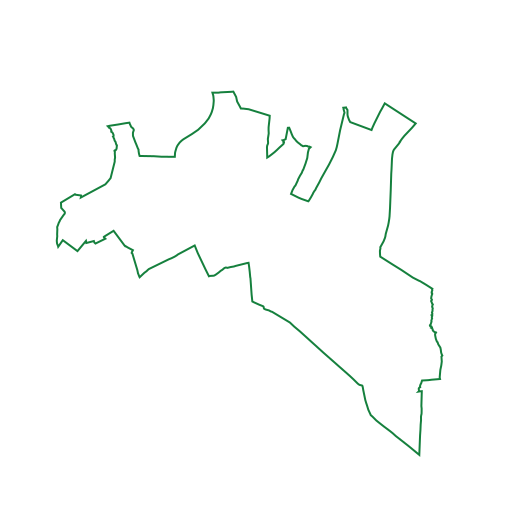 Romanesti, Iasi, Romania, rotated 189°
{"feature_id": "2599482B96915203273112", "entity_name": "Romanesti", "entity_type": "district", "adm_level": 2, "iso_a3": "ROU", "parent_name": "Romania", "parent_adm1": "Iasi", "projection": "natural_earth1", "projection_center": [27.339, 47.277], "detail": "fine", "context": "isolated", "style": "outline", "palette": "green", "viewbox_px": 512, "rotation_deg": 189, "n_neighbors": 0, "source": "geoboundaries", "source_scale": "gbopen_adm2", "svg_char_len": 6010}
<svg xmlns="http://www.w3.org/2000/svg" viewBox="0 0 512 512"><g transform="rotate(189 256 256)"><path d="M422.7,361.0L422.2,360.6L421.2,360.1L421.1,359.7L420.6,359.7L419.6,359.0L418.9,358.0L418.6,357.3L418.4,357.1L418.3,356.5L418.4,356.1L417.3,355.6L416.6,354.9L415.6,353.2L415.5,352.7L415.5,352.2L415.9,351.6L415.4,351.2L415.2,350.5L414.5,349.7L413.8,348.1L413.5,347.6L412.7,346.9L411.4,344.1L410.7,343.6L410.5,340.1L411.1,338.6L412.1,338.2L412.3,337.7L411.7,336.9L411.5,335.1L410.6,331.2L410.6,329.0L410.3,327.1L411.8,310.2L413.5,307.2L416.0,303.2L438.1,286.4L438.0,287.4L438.3,288.4L443.9,288.3L444.5,288.7L457.0,278.2L455.9,273.0L452.1,269.9L451.7,269.4L451.5,268.6L451.7,267.6L452.5,266.3L455.2,260.7L455.4,259.5L455.7,258.8L456.0,257.9L456.4,255.7L456.9,253.5L456.4,251.3L455.8,246.3L455.4,244.4L455.2,240.3L454.9,238.8L454.4,237.1L453.1,234.9L452.8,234.2L449.3,241.4L433.1,232.9L426.3,244.3L425.6,242.3L418.5,245.4L418.3,244.9L417.7,244.0L416.5,243.2L407.5,249.5L409.0,250.6L409.3,251.0L409.2,251.2L400.6,258.6L387.4,245.7L386.7,245.2L386.5,245.4L383.9,244.3L378.5,242.5L379.2,240.3L379.3,239.6L378.4,238.9L371.0,223.5L370.0,220.9L369.9,220.5L369.3,219.6L368.1,217.5L367.6,216.8L363.6,222.0L361.7,223.9L360.7,225.3L359.7,226.4L358.7,227.1L341.6,239.1L339.1,240.6L336.4,242.5L334.4,244.2L333.4,245.3L318.2,256.8L314.0,249.8L304.0,235.2L299.3,228.6L298.4,229.1L294.8,229.9L294.3,230.1L293.0,231.1L290.3,233.8L288.5,235.9L287.1,237.1L285.3,239.2L284.0,239.9L283.5,239.9L282.4,239.8L280.1,240.8L279.4,241.1L276.1,242.2L274.6,243.0L263.8,247.6L262.3,248.1L261.1,244.3L259.7,239.3L258.4,234.2L258.0,233.2L254.3,217.2L252.5,210.5L251.0,210.0L245.2,208.4L241.2,207.5L240.8,207.3L240.6,207.1L240.0,205.5L239.6,205.1L239.0,204.9L237.7,204.6L234.8,204.3L232.5,203.5L231.4,203.4L212.1,195.6L207.3,192.3L200.8,188.4L174.5,171.2L144.4,152.1L140.4,149.4L135.7,146.0L134.7,145.4L133.6,144.9L131.2,144.7L130.8,144.6L130.6,144.4L130.1,143.3L129.0,140.1L125.5,130.8L124.2,128.1L123.0,125.8L121.0,121.7L120.0,120.2L118.0,117.2L117.8,116.8L117.0,116.3L116.0,115.7L111.5,112.4L108.9,110.9L103.0,107.6L96.0,103.9L93.2,102.3L89.7,100.0L76.0,92.4L63.6,85.1L65.9,104.6L66.4,110.2L67.0,115.3L67.3,119.6L67.9,123.1L67.9,124.9L67.8,125.8L67.9,126.9L68.5,131.1L69.2,133.7L69.4,135.3L71.1,148.4L72.8,148.0L74.3,147.5L74.1,147.8L73.9,148.2L73.9,148.6L74.4,149.9L74.5,150.7L74.1,151.5L73.3,152.1L73.6,152.9L73.6,153.8L73.4,155.0L73.0,155.8L72.5,159.0L66.5,160.3L63.1,161.3L55.0,163.3L55.3,164.0L55.6,165.0L56.1,172.4L55.9,176.3L55.9,177.7L56.0,180.8L57.1,185.7L56.4,186.8L56.8,187.4L57.0,187.6L58.0,189.5L58.9,192.6L59.6,194.4L62.1,197.2L63.2,199.3L63.9,199.7L65.4,202.3L66.6,205.5L66.9,206.8L66.6,208.0L66.2,208.5L66.5,208.8L67.3,208.5L67.6,208.7L69.5,209.9L69.8,210.3L70.0,211.2L70.9,212.1L71.4,212.3L70.9,212.7L71.0,213.0L71.5,213.4L71.8,213.9L72.7,213.8L73.2,214.2L73.3,214.4L73.4,214.8L72.8,215.8L72.7,216.5L72.4,218.5L72.4,218.8L72.7,219.3L72.5,220.9L72.5,221.4L72.3,221.9L72.7,222.8L72.8,223.1L72.6,223.9L72.6,224.2L72.6,224.5L73.3,224.8L73.4,225.0L72.9,225.3L72.7,225.5L72.9,226.3L72.8,226.6L73.0,227.1L73.2,227.4L73.4,227.9L73.1,228.8L73.1,229.5L73.3,231.0L73.2,231.7L73.3,232.1L73.8,232.7L73.9,233.3L74.2,233.9L74.0,234.5L74.0,235.5L73.8,235.9L73.9,236.0L74.6,236.5L75.0,237.4L75.9,238.7L75.9,239.0L75.9,239.3L75.6,239.5L75.4,240.3L76.4,241.6L76.4,243.5L76.2,245.2L76.0,245.9L76.0,246.2L76.5,246.7L76.4,247.0L76.8,247.4L76.8,248.5L76.5,249.3L76.6,249.5L76.6,250.0L76.9,250.7L76.7,251.2L83.8,254.3L90.3,256.9L91.3,257.1L97.7,259.2L110.3,265.0L119.8,269.0L133.2,274.8L133.8,277.2L134.4,280.4L134.4,281.3L134.3,283.0L134.6,284.2L134.3,284.9L132.3,290.4L131.5,293.9L131.3,295.5L131.3,298.2L130.3,306.8L130.2,309.7L130.2,313.6L130.3,316.0L131.1,324.1L133.2,341.9L135.3,358.5L135.7,362.8L136.9,373.3L137.1,377.7L137.0,380.2L136.7,381.8L136.3,382.8L132.6,389.1L131.6,391.2L131.8,391.3L131.7,391.5L130.1,394.7L128.2,398.0L122.0,407.0L119.0,411.9L152.7,426.9L154.8,420.9L155.9,418.0L159.8,405.6L161.1,400.9L161.6,398.5L183.9,403.0L185.4,405.0L187.1,408.1L187.7,409.7L188.5,414.5L188.7,414.8L190.0,416.1L190.3,416.8L192.9,416.1L192.5,415.4L192.6,415.0L191.0,411.4L191.0,411.1L191.1,410.7L191.2,410.3L191.3,409.8L192.6,393.4L193.1,379.5L193.3,376.1L193.7,372.9L195.6,365.8L198.2,357.7L200.3,352.1L203.7,342.9L205.0,338.7L207.3,332.3L207.7,330.7L208.5,329.3L209.3,327.4L209.6,326.2L210.9,322.6L212.5,318.8L212.9,318.2L220.0,319.5L223.2,320.3L231.1,322.8L230.2,326.9L228.8,330.7L228.1,331.7L226.6,336.9L226.4,338.3L225.7,340.4L225.1,342.2L223.8,345.3L223.2,348.1L222.9,348.4L222.7,349.3L221.5,355.3L221.3,356.9L220.8,360.0L220.7,360.9L220.9,366.5L220.5,370.2L219.1,372.0L220.3,372.4L221.5,372.2L222.5,372.6L223.7,372.6L224.7,372.5L226.6,371.8L226.9,371.8L227.9,372.3L228.5,372.4L229.7,373.2L232.8,374.9L234.8,376.4L235.5,377.2L236.9,378.2L238.2,379.5L239.8,382.0L241.4,384.8L243.3,387.9L244.6,387.6L245.0,376.0L246.8,374.8L247.9,374.4L247.7,374.2L247.1,374.1L246.4,373.3L246.3,373.1L246.5,372.9L246.7,372.6L246.5,372.2L246.2,372.1L246.4,371.0L246.7,370.6L249.8,366.8L251.9,364.0L254.0,361.4L256.4,358.8L258.7,356.4L260.3,355.0L262.2,365.3L262.2,367.1L261.9,367.9L261.7,369.4L262.6,373.4L262.6,379.0L263.3,382.4L263.7,385.2L264.1,393.9L264.4,396.7L286.2,399.8L291.5,399.6L294.0,399.3L295.6,401.5L298.7,405.5L299.0,406.1L300.5,410.0L304.1,414.8L306.1,414.3L316.6,412.1L318.8,411.4L324.6,410.5L323.4,408.0L323.0,406.8L322.2,403.6L322.0,402.6L321.7,398.4L321.7,395.2L322.2,391.4L322.7,389.2L323.2,387.6L324.3,384.4L326.7,380.0L327.5,378.7L332.9,371.6L338.4,366.4L346.0,359.9L347.5,358.3L349.1,356.2L350.6,353.3L351.0,352.3L351.5,350.5L352.0,346.7L352.1,345.3L351.7,341.3L364.5,339.3L372.3,338.6L386.6,336.6L387.6,338.8L388.4,341.3L388.7,342.8L389.4,343.6L392.0,348.0L392.9,349.4L395.8,354.5L396.3,355.4L396.8,358.2L396.8,358.9L396.4,361.0L396.5,361.6L396.9,362.2L397.3,362.7L399.3,363.9L399.7,364.3L400.3,365.3L401.1,366.4L401.9,367.9L405.8,366.7L412.8,364.3L421.0,361.7L422.7,361.0Z" fill="none" stroke="#15803d" stroke-width="2"/></g></svg>